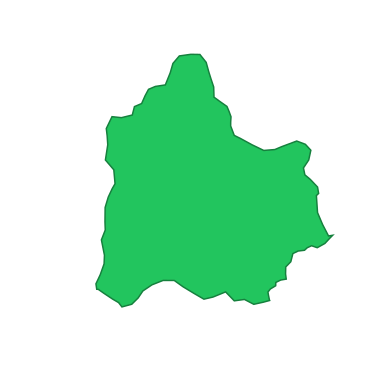 Koilani, Limassol, Cyprus, rotated 157°
{"feature_id": "46923920B88504120231715", "entity_name": "Koilani", "entity_type": "district", "adm_level": 2, "iso_a3": "CYP", "parent_name": "Cyprus", "parent_adm1": "Limassol", "projection": "orthographic", "projection_center": [32.853, 34.839], "detail": "fine", "context": "isolated", "style": "filled", "palette": "green", "viewbox_px": 384, "rotation_deg": 157, "n_neighbors": 0, "source": "geoboundaries", "source_scale": "gbopen_adm2", "svg_char_len": 1393}
<svg xmlns="http://www.w3.org/2000/svg" viewBox="0 0 384 384"><g transform="rotate(157 192 192)"><path d="M76.0,141.2L74.5,147.5L78.2,157.4L81.4,163.7L80.0,170.6L72.0,175.9L66.3,184.0L69.0,191.6L75.7,198.0L92.0,198.7L99.1,198.7L109.7,202.2L114.5,207.7L118.2,211.9L126.2,222.0L131.0,227.6L130.6,237.7L129.0,241.4L126.7,246.0L126.4,251.8L126.4,257.1L131.0,264.5L134.7,270.7L131.0,280.2L130.3,289.0L129.6,296.1L128.3,305.8L131.0,315.5L139.3,319.2L150.5,322.2L153.5,320.7L159.3,317.8L165.5,310.2L174.7,301.0L184.5,303.5L191.9,303.5L197.6,298.9L203.8,293.1L211.6,293.1L216.9,286.2L227.9,288.0L236.2,292.6L246.1,283.9L248.2,276.7L251.1,268.4L259.2,255.3L255.3,243.0L259.6,229.7L261.7,228.1L264.2,226.2L271.1,220.0L278.0,211.7L283.7,198.7L286.7,190.9L294.1,183.3L297.3,168.0L301.0,160.2L308.8,151.7L316.3,145.0L317.7,139.7L316.3,139.0L312.7,133.2L306.9,124.4L302.8,118.9L301.4,113.6L291.3,112.2L283.0,115.5L275.9,120.1L265.1,122.2L253.2,121.9L242.9,117.5L237.3,108.3L229.8,97.9L222.9,88.7L213.7,87.1L200.1,86.9L195.6,75.3L185.7,72.6L179.0,64.5L169.4,62.7L162.9,61.8L162.9,62.4L162.0,66.8L161.2,70.2L157.8,72.1L151.6,73.0L150.2,76.0L144.8,76.3L139.3,75.0L137.9,80.0L135.0,86.4L128.3,89.2L123.2,95.9L117.4,96.2L111.2,94.4L107.6,95.7L102.9,95.8L98.5,91.8L89.8,92.7L83.5,95.5L79.4,97.2L83.5,98.2L84.5,111.1L84.5,124.0L78.9,140.1L76.0,141.2Z" fill="#22c55e" stroke="#15803d" stroke-width="1.5"/></g></svg>